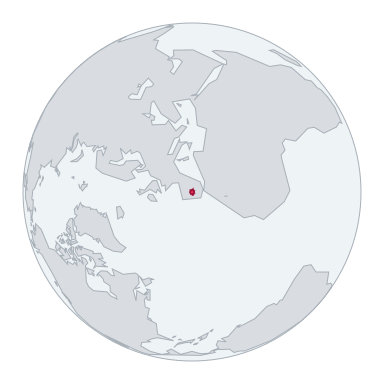 the Earth from above Cáceres, rotated 266°
{"feature_id": "ESP-5811", "entity_name": "Cáceres", "entity_type": "Autonomous Community", "adm_level": 1, "iso_a3": "ESP", "parent_name": "Spain", "parent_adm1": "", "projection": "orthographic", "projection_center": [-6.162, 39.756], "detail": "fine", "context": "on_globe", "style": "filled", "palette": "rose", "viewbox_px": 384, "rotation_deg": 266, "n_neighbors": 0, "source": "natural_earth", "source_scale": "10m", "svg_char_len": 10714}
<svg xmlns="http://www.w3.org/2000/svg" viewBox="0 0 384 384"><g transform="rotate(266 192 192)"><circle cx="192" cy="192" r="169" fill="#eef3f6" stroke="#a8b0b8"/><path d="M56.1,292.4L49.1,280.5L45.5,273.9L38.5,260.9L29.7,233.5L30.1,228.5L29.0,222.8L32.6,218.4L33.0,206.2L32.0,202.3L30.3,203.9L28.4,189.0L29.4,178.0L32.9,138.1L35.3,131.2L38.5,124.6L55.9,94.2L40.8,118.1L44.5,110.6L50.5,100.6L50.9,100.6L59.9,88.5L65.4,81.4L78.5,69.0L93.0,60.8L89.0,64.1L93.0,62.1L98.3,58.0L100.8,55.9L121.6,46.6L140.2,37.7L143.0,34.8L144.8,35.8L148.0,30.8L156.2,27.8L148.9,31.4L149.6,32.0L156.0,29.8L158.1,30.0L162.4,29.2L164.4,29.8L160.0,32.3L161.1,32.9L165.6,31.4L170.4,31.3L163.6,33.4L171.3,33.7L165.3,38.9L145.6,45.6L144.1,50.5L128.6,62.9L131.8,62.8L128.0,68.1L130.3,70.0L126.8,72.2L131.7,72.0L134.5,69.7L137.5,68.9L139.2,70.0L134.9,72.8L133.5,72.6L133.1,74.0L130.3,75.0L132.6,75.2L127.3,78.7L134.9,76.9L132.6,81.1L128.5,83.1L125.9,80.6L109.9,80.3L104.9,82.2L100.4,86.9L98.3,100.2L94.0,103.6L90.4,109.7L94.1,108.7L98.2,103.6L104.2,103.6L108.6,97.9L111.7,97.2L117.4,92.5L119.7,95.8L118.9,101.7L114.3,105.9L113.8,108.8L120.8,107.1L114.7,117.7L115.1,129.8L113.1,132.5L104.7,132.9L98.2,126.5L87.3,128.6L97.5,130.1L92.6,137.4L93.1,140.0L95.2,141.5L98.4,139.9L97.3,143.3L86.8,142.6L87.6,139.6L90.9,139.7L87.8,136.9L80.6,137.3L78.7,141.3L70.0,138.8L68.5,141.8L65.7,143.2L68.7,138.4L63.2,147.2L52.6,147.8L44.9,163.3L49.0,147.4L48.4,142.1L46.9,137.4L45.5,139.8L45.4,131.4L42.0,130.2L35.9,139.4L32.1,150.5L32.7,158.4L35.1,155.8L36.8,160.2L30.8,169.5L33.0,180.8L30.0,189.7L30.0,197.4L32.3,200.7L34.4,207.8L37.5,205.5L41.8,207.6L40.1,215.7L43.8,211.3L45.3,218.0L54.8,227.6L53.7,228.7L61.4,246.1L72.5,258.5L75.1,266.0L73.5,268.5L77.9,272.3L78.0,274.6L98.1,288.2L110.3,298.4L111.2,305.7L103.5,310.1L102.6,322.8L90.5,320.1L91.4,324.0L89.0,325.4L81.1,319.3L87.6,324.8L87.4,324.7L76.0,314.9L65.6,304.1L56.1,292.4ZM42.3,167.7L45.0,184.9L41.2,180.0L42.3,179.8L42.1,174.3L40.9,166.8L38.2,163.0L42.3,167.7ZM48.6,164.3L47.9,161.9L48.9,163.6L48.6,164.3ZM101.6,55.0L98.1,58.0L92.6,61.8L95.2,59.2L101.6,55.0ZM112.5,48.7L111.5,49.9L107.2,51.4L109.1,50.2L112.5,48.7ZM144.5,32.9L141.3,34.3L143.7,33.0L144.5,32.9ZM162.7,29.0L162.9,28.6L165.1,28.4L162.7,29.0ZM115.7,91.1L116.5,91.8L115.0,92.3L115.7,91.1ZM117.4,88.5L115.1,88.6L115.6,87.4L117.0,87.3L117.4,88.5ZM170.0,29.2L173.4,29.2L169.2,29.6L170.0,29.2ZM120.1,88.8L116.7,85.3L117.6,83.2L123.7,81.5L120.1,88.8ZM174.9,29.5L183.1,29.9L184.3,28.9L185.5,32.2L178.1,30.6L172.7,31.1L175.4,30.2L174.9,29.5ZM134.6,68.5L131.7,71.0L132.7,68.0L134.6,68.5ZM134.5,66.8L132.9,59.5L138.0,56.6L137.5,59.5L142.9,55.3L146.1,57.5L143.9,60.3L140.0,61.6L144.2,61.5L134.5,66.8ZM184.8,34.2L186.1,34.8L183.9,34.7L184.8,34.2ZM138.8,68.4L138.1,67.0L142.4,64.4L144.8,66.6L142.6,66.7L138.8,68.4ZM142.7,53.2L146.4,51.9L150.0,53.2L151.9,52.9L146.7,57.3L142.7,53.2ZM142.4,67.9L145.8,67.9L145.3,70.2L139.9,69.5L142.4,67.9ZM142.6,62.8L144.7,61.7L144.3,63.0L142.6,62.8ZM145.1,78.8L144.1,76.9L146.2,75.4L145.1,78.8ZM147.1,67.8L147.3,67.0L148.1,66.3L150.1,66.8L147.1,67.8ZM149.6,58.0L150.3,59.0L151.9,56.3L154.7,57.4L150.7,60.2L153.6,59.5L154.5,59.8L150.2,61.8L149.6,58.0ZM154.5,65.1L150.3,69.4L151.7,73.0L149.8,74.5L147.9,68.5L154.5,65.1ZM152.3,62.9L153.2,64.6L150.4,65.4L148.1,64.8L152.3,62.9ZM158.0,57.2L154.8,54.8L155.8,54.3L158.0,57.2ZM155.4,66.0L156.4,64.9L155.9,66.1L155.4,66.0ZM157.9,59.6L156.6,58.8L157.7,58.2L157.9,59.6ZM159.4,63.7L158.1,65.0L156.4,64.6L159.4,63.7ZM159.2,61.7L161.0,61.1L156.7,63.6L158.4,61.4L159.2,61.7ZM159.2,59.2L159.4,58.6L159.5,59.7L159.2,59.2ZM166.4,64.7L161.2,67.9L157.6,66.9L163.1,63.8L166.4,64.7ZM292.3,56.0L289.6,54.1L296.7,59.6L292.8,56.9L300.3,62.8L301.8,63.7L296.9,59.6L305.1,66.4L305.1,66.5L314.6,75.8L323.4,85.8L331.4,96.6L338.5,107.9L344.7,119.7L350.0,132.0L349.3,130.4L351.7,137.5L349.8,132.7L346.4,128.6L349.0,138.9L354.2,162.8L357.8,176.0L358.3,185.7L351.8,174.8L346.4,164.3L345.6,169.1L337.6,165.5L328.3,178.9L325.5,176.9L324.1,181.2L318.2,182.4L313.5,178.6L310.6,181.9L322.8,191.5L325.8,188.0L326.3,178.9L329.3,183.4L334.8,183.4L333.7,202.9L317.6,231.9L313.7,222.6L289.4,203.1L288.8,199.3L288.6,198.9L288.2,198.3L288.4,205.0L283.4,200.6L298.9,216.6L302.5,224.6L317.4,232.7L316.6,235.2L320.7,235.7L331.0,222.1L331.6,225.5L328.2,245.9L311.8,278.3L312.7,289.1L309.3,299.8L296.2,312.8L294.4,318.8L287.2,324.3L284.9,327.9L277.4,333.8L266.2,340.6L250.1,346.2L251.4,343.9L246.8,340.7L241.5,327.8L248.0,318.5L247.5,312.1L235.6,298.9L238.4,288.8L234.6,285.4L227.2,287.7L222.6,283.4L217.8,284.0L186.7,289.8L175.8,283.3L159.5,261.4L164.2,252.8L162.6,242.1L192.6,203.8L201.6,205.3L228.3,195.9L232.1,196.5L231.9,205.9L254.2,210.9L258.0,201.9L275.3,201.3L285.0,196.2L283.3,178.6L267.4,186.5L261.8,179.9L272.1,166.8L285.6,160.3L283.8,157.6L272.9,155.5L273.5,148.2L268.8,154.4L272.5,156.2L269.7,160.3L266.1,159.0L266.5,156.3L261.7,157.0L261.3,170.2L265.0,173.5L254.1,180.3L259.3,186.6L257.2,191.2L247.7,182.5L246.7,178.2L231.0,170.2L231.0,175.1L245.8,183.3L242.3,183.4L242.5,190.9L239.6,185.3L223.4,175.8L211.9,181.2L201.5,200.9L193.9,203.2L185.5,200.4L185.0,182.2L202.1,179.2L202.2,173.3L195.1,165.8L200.8,165.7L200.0,162.4L206.1,161.0L211.1,151.9L216.8,149.8L215.3,139.7L218.0,137.4L218.1,143.9L221.2,147.6L234.8,142.9L236.4,140.1L234.4,134.1L238.4,133.8L234.6,128.6L240.8,123.5L230.1,125.6L227.4,119.2L229.2,112.9L226.4,111.4L223.5,121.7L224.0,125.6L227.5,128.3L227.4,140.0L223.4,143.2L216.4,132.7L210.0,136.3L207.4,127.2L217.0,103.8L222.7,97.8L239.5,100.2L240.2,104.7L234.5,105.9L243.0,110.1L240.7,107.2L244.1,107.2L242.3,101.6L244.6,101.4L239.0,96.7L241.6,95.8L245.1,98.8L244.7,90.4L249.2,87.5L248.0,85.8L245.5,84.8L252.8,82.1L251.6,81.0L248.7,81.4L244.5,79.5L239.8,75.3L242.6,74.6L244.7,76.0L253.2,78.2L258.2,82.5L258.9,81.8L255.2,78.0L244.8,75.3L241.2,73.0L246.1,73.6L244.1,73.2L243.2,71.9L244.9,70.0L239.5,69.1L225.7,57.0L227.7,52.7L233.6,54.3L226.9,46.5L229.6,43.1L227.0,43.4L222.0,40.4L221.1,41.3L219.4,41.3L206.2,35.0L205.2,33.4L196.6,31.8L195.2,32.1L195.4,33.1L185.5,32.2L184.3,28.9L187.5,28.4L184.6,27.0L192.2,26.4L197.2,25.5L207.2,26.3L210.2,25.9L208.7,25.4L211.8,24.9L223.2,26.0L220.5,27.0L204.7,27.6L211.7,27.3L212.1,28.1L215.8,28.5L220.6,28.5L219.9,28.0L237.6,33.3L253.0,37.3L247.2,34.2L247.5,33.5L260.0,37.4L285.9,51.5L292.3,56.0ZM185.5,223.9L185.5,227.3L185.5,223.9ZM302.2,161.4L308.7,156.4L301.6,149.0L303.5,146.6L300.4,145.1L301.1,148.5L292.9,144.0L294.2,138.7L291.3,135.1L288.9,136.6L287.9,147.2L299.6,153.5L299.9,158.9L302.2,161.4ZM55.2,227.8L56.1,230.6L54.4,229.1L55.2,227.8ZM39.5,182.5L40.7,184.8L40.9,187.2L39.8,185.9L39.5,182.5ZM52.0,200.5L53.8,203.6L51.4,201.8L52.0,200.5ZM45.7,187.4L50.4,198.4L45.8,195.9L43.0,189.1L45.6,191.8L45.7,187.4ZM45.7,167.9L46.1,169.9L45.2,171.0L45.7,167.9ZM49.3,165.6L48.9,165.2L49.2,163.3L49.3,165.6ZM93.2,137.5L94.0,137.6L95.6,139.7L93.8,139.8L93.2,137.5ZM109.3,142.9L107.3,148.2L107.5,144.4L104.5,145.4L101.2,139.0L112.0,133.5L107.7,137.0L109.3,142.9ZM99.8,129.4L100.7,133.7L99.3,129.2L99.8,129.4ZM189.6,147.2L192.9,148.8L192.2,152.9L185.1,156.5L185.9,150.6L189.6,147.2ZM197.6,150.4L192.6,139.6L196.8,137.2L195.3,140.3L198.6,139.8L197.0,144.7L206.0,153.4L206.0,157.6L192.7,161.5L197.0,157.7L193.6,156.2L197.6,150.4ZM172.3,119.8L170.2,116.1L182.2,115.6L182.8,119.2L175.7,122.8L170.8,120.8L172.3,119.8ZM131.5,86.9L129.9,86.2L131.1,85.3L133.4,85.2L131.5,86.9ZM144.4,78.0L139.6,89.3L137.5,89.0L137.2,96.5L131.6,98.6L132.0,93.6L127.5,101.1L125.6,97.5L123.1,102.8L124.7,91.4L122.9,88.7L127.0,90.8L132.2,88.8L133.8,87.2L137.2,80.7L135.8,74.3L140.7,71.7L144.6,71.6L145.6,72.7L142.1,73.9L146.1,74.5L141.8,77.3L144.4,78.0ZM186.6,76.4L182.0,76.5L189.3,79.9L185.1,81.9L186.2,82.2L184.3,85.1L183.9,89.2L181.5,89.7L182.4,91.1L181.2,93.2L181.5,95.4L177.5,97.2L177.6,100.1L175.6,99.3L177.0,103.9L174.1,101.3L172.3,104.1L176.0,105.1L153.1,111.2L145.7,116.4L141.1,122.3L136.8,117.6L138.5,109.3L143.5,100.4L151.2,96.3L147.9,95.2L150.6,93.0L152.1,94.8L151.5,90.7L154.1,89.5L158.5,82.7L156.0,78.0L157.5,75.6L159.8,76.8L159.7,73.6L165.2,74.4L166.4,72.8L173.0,72.1L176.8,75.8L177.9,73.7L183.0,73.4L186.6,76.4ZM168.3,64.6L173.7,68.1L174.1,71.0L162.4,71.0L160.6,72.3L153.1,72.8L152.7,68.6L154.9,68.8L156.9,68.1L156.2,69.7L158.3,67.9L161.3,68.2L163.8,66.9L164.9,68.3L168.3,64.6ZM234.7,192.3L237.3,192.0L241.0,190.5L241.2,195.3L234.7,192.3ZM223.6,185.9L225.7,184.8L227.7,190.5L225.0,191.0L223.6,185.9ZM225.1,179.5L225.6,184.3L223.7,182.0L225.1,179.5ZM219.9,142.7L221.9,141.3L222.8,142.6L222.5,145.0L219.9,142.7ZM207.2,88.2L204.6,87.4L204.8,86.5L200.7,82.8L203.5,81.2L207.0,82.8L207.2,88.2ZM281.6,182.8L279.8,187.3L277.9,186.6L278.9,185.1L281.6,182.8ZM260.3,192.3L266.0,192.3L260.3,193.6L260.3,192.3ZM209.6,85.8L207.6,84.4L210.2,84.5L209.6,85.8ZM205.3,79.9L208.1,79.6L203.3,80.6L205.3,79.9ZM328.2,283.4L314.8,305.4L309.7,309.6L310.9,305.9L317.4,294.1L324.1,286.4L327.9,279.2L328.2,283.4ZM358.1,176.7L359.8,181.5L359.7,185.0L358.1,176.7ZM230.7,72.8L233.3,79.5L237.0,83.8L242.0,85.2L236.1,86.3L230.3,79.6L230.7,72.8ZM226.1,58.9L221.7,58.1L222.8,56.9L223.9,56.9L226.1,58.9ZM224.0,59.5L220.1,61.6L217.1,60.2L220.8,58.8L224.0,59.5ZM215.1,73.2L215.6,75.2L213.5,75.0L215.1,73.2ZM251.1,33.7L253.2,34.5L245.7,33.2L243.0,32.6L246.1,32.1L248.2,32.9L250.9,33.7L251.1,33.7ZM187.3,34.2L186.3,34.7L186.0,34.0L187.3,34.2ZM219.0,41.9L216.7,41.7L216.6,40.7L219.0,41.9ZM210.3,40.7L212.1,42.0L209.1,40.9L210.3,40.7ZM216.3,44.9L212.3,42.6L217.8,44.4L216.3,44.9Z" fill="#d9dde1" stroke="#a8b0b8" stroke-width="1"/><path d="M189.5,193.4L189.4,193.3L189.4,193.2L189.4,192.9L189.2,192.8L189.2,192.7L188.9,192.5L188.9,192.2L189.3,192.2L189.5,192.2L190.0,192.2L190.1,191.9L190.3,191.7L190.3,191.4L190.4,191.2L190.2,191.0L190.2,190.9L190.0,190.7L190.3,190.5L190.5,190.5L190.8,190.5L191.0,190.5L191.1,190.4L191.2,190.2L191.3,190.2L191.5,190.1L191.7,189.9L191.8,189.9L192.0,189.9L192.0,190.0L192.2,190.3L192.3,190.3L192.5,190.4L192.6,190.5L192.6,190.4L192.8,190.3L193.0,190.4L193.1,190.5L193.3,190.6L193.5,190.7L193.8,190.5L193.8,190.8L193.8,191.0L193.8,191.3L193.7,191.5L193.8,191.6L194.0,191.6L193.9,191.8L193.9,192.0L194.0,192.0L194.1,191.9L194.3,191.9L194.3,192.0L194.3,192.3L194.2,192.4L194.2,192.5L194.3,192.5L194.5,192.8L194.7,193.0L194.8,193.1L194.7,193.1L194.4,193.0L194.3,193.3L194.2,193.3L193.9,193.3L193.8,193.5L193.7,193.7L193.6,193.8L193.6,193.7L193.4,193.6L193.3,193.8L193.2,193.9L193.1,194.0L192.9,193.8L192.7,193.9L192.5,194.0L192.5,193.9L192.4,194.0L192.3,193.9L192.2,194.0L191.9,194.1L191.8,193.9L191.7,193.9L191.6,193.7L191.2,193.7L191.1,193.8L191.1,193.7L190.9,193.6L190.6,193.7L190.6,193.4L190.6,193.2L190.4,193.1L190.0,192.9L189.9,193.0L190.0,193.0L190.0,193.3L189.9,193.3L189.9,193.2L189.7,193.2L189.7,193.3L189.5,193.4Z" fill="#f43f5e" stroke="#9f1239" stroke-width="1.5"/></g></svg>